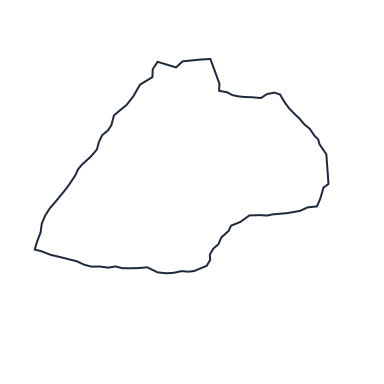 the district of Esperança Nova, Paraná, Brazil, rotated 300°
{"feature_id": "56859067B5777804662884", "entity_name": "Esperança Nova", "entity_type": "district", "adm_level": 2, "iso_a3": "BRA", "parent_name": "Brazil", "parent_adm1": "Paraná", "projection": "albers", "projection_center": [-53.801, -23.723], "detail": "fine", "context": "isolated", "style": "outline", "palette": "slate", "viewbox_px": 384, "rotation_deg": 300, "n_neighbors": 0, "source": "geoboundaries", "source_scale": "gbopen_adm2", "svg_char_len": 1292}
<svg xmlns="http://www.w3.org/2000/svg" viewBox="0 0 384 384"><g transform="rotate(300 192 192)"><path d="M287.5,97.1L278.7,96.6L271.7,100.3L265.4,96.8L259.0,93.3L252.4,93.3L246.0,93.4L234.6,91.8L226.5,88.7L219.4,86.1L209.4,88.8L203.3,88.4L196.2,85.8L188.7,86.4L181.3,88.4L172.3,86.7L160.3,82.9L155.0,82.0L147.8,82.6L138.1,82.0L132.2,81.4L124.0,80.1L114.9,78.6L106.7,77.0L98.6,76.6L89.5,77.7L81.3,81.1L71.2,82.7L63.5,84.6L65.3,90.7L66.1,96.0L67.0,101.4L69.0,107.9L71.4,116.2L74.4,126.9L75.1,134.8L77.1,142.3L81.0,148.7L84.8,157.6L89.2,162.8L91.2,169.8L94.8,176.2L99.5,183.9L104.4,190.9L105.2,202.3L108.7,210.3L112.6,216.2L118.2,222.5L121.6,229.4L124.8,233.5L135.4,241.6L142.3,241.7L146.6,238.8L153.4,238.7L160.0,241.0L167.2,240.1L176.5,243.1L182.4,242.7L190.3,248.9L200.4,253.4L206.0,262.5L209.2,268.9L212.9,273.0L221.6,285.4L225.3,289.8L229.7,295.0L236.5,299.8L242.0,307.4L250.0,306.5L261.7,303.7L267.2,306.2L283.7,295.0L291.8,289.5L297.1,278.5L300.6,275.0L302.0,269.7L305.6,262.5L306.7,255.6L309.3,248.4L310.6,242.9L312.8,234.7L316.2,227.0L320.5,219.4L319.2,213.6L314.4,208.1L307.8,204.6L303.8,196.1L300.6,190.1L298.0,184.3L296.1,178.5L295.9,172.4L293.2,164.9L299.6,161.5L316.4,141.4L310.7,132.8L300.4,118.5L291.9,115.9L287.5,97.1Z" fill="none" stroke="#1e293b" stroke-width="2"/></g></svg>